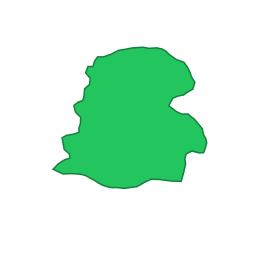 Palmares Paulista, São Paulo, Brazil (Albers equal-area conic projection), rotated 232°
{"feature_id": "56859067B79486573707853", "entity_name": "Palmares Paulista", "entity_type": "district", "adm_level": 2, "iso_a3": "BRA", "parent_name": "Brazil", "parent_adm1": "São Paulo", "projection": "albers", "projection_center": [-48.826, -21.099], "detail": "fine", "context": "isolated", "style": "filled", "palette": "green", "viewbox_px": 256, "rotation_deg": 232, "n_neighbors": 0, "source": "geoboundaries", "source_scale": "gbopen_adm2", "svg_char_len": 1204}
<svg xmlns="http://www.w3.org/2000/svg" viewBox="0 0 256 256"><g transform="rotate(232 128 128)"><path d="M201.2,142.6L198.0,138.3L201.1,134.4L197.6,128.6L190.5,128.8L186.0,124.5L185.7,118.0L180.3,113.0L177.5,109.3L179.1,104.7L179.1,99.2L172.9,96.4L165.4,97.3L160.5,92.9L158.1,89.2L154.8,86.9L156.5,81.6L160.0,75.2L160.9,70.0L156.6,67.8L150.5,64.6L143.6,65.8L140.1,63.7L142.0,58.5L142.7,51.1L141.6,43.5L136.3,46.2L131.7,48.6L128.2,53.6L124.1,58.6L119.8,63.0L116.1,65.6L112.2,67.1L107.6,69.3L102.9,70.8L99.0,72.5L94.0,75.8L91.0,78.5L87.8,82.7L82.8,87.8L79.3,93.9L76.3,98.9L75.1,107.0L73.5,114.5L68.3,120.8L59.5,129.5L56.4,133.3L53.2,137.0L58.6,144.4L64.2,151.3L69.2,154.1L71.8,158.1L70.4,164.3L64.5,168.8L62.0,172.4L64.4,176.3L67.7,180.8L71.8,182.8L76.1,183.4L81.7,186.1L93.9,185.8L97.9,184.7L102.0,184.0L105.9,178.9L111.3,176.2L120.4,173.8L123.9,181.7L122.2,187.5L119.8,192.1L119.6,197.0L118.7,203.0L122.8,208.8L129.5,209.5L133.4,211.1L139.6,212.3L145.5,212.5L152.0,208.3L160.4,205.8L164.9,205.2L169.3,203.5L173.6,199.8L177.9,193.5L182.5,189.5L185.6,184.9L188.5,180.6L191.6,174.5L195.0,168.3L196.5,160.4L199.1,152.5L202.8,147.8L201.2,142.6Z" fill="#22c55e" stroke="#15803d" stroke-width="1.5"/></g></svg>